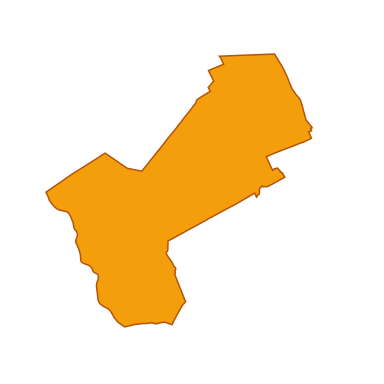 outline of Cheveresu Mare, Timis, Romania, rotated 248°
{"feature_id": "2599482B8335236163508", "entity_name": "Cheveresu Mare", "entity_type": "district", "adm_level": 2, "iso_a3": "ROU", "parent_name": "Romania", "parent_adm1": "Timis", "projection": "mercator", "projection_center": [21.46, 45.664], "detail": "fine", "context": "isolated", "style": "filled", "palette": "amber", "viewbox_px": 384, "rotation_deg": 248, "n_neighbors": 0, "source": "geoboundaries", "source_scale": "gbopen_adm2", "svg_char_len": 5744}
<svg xmlns="http://www.w3.org/2000/svg" viewBox="0 0 384 384"><g transform="rotate(248 192 192)"><path d="M289.0,320.2L304.5,277.1L307.6,268.2L305.7,268.8L302.9,269.0L300.1,269.1L298.6,269.2L298.5,254.6L298.5,252.8L288.5,253.5L286.8,253.7L283.9,248.3L282.9,246.2L278.5,246.6L278.2,244.9L277.0,237.6L276.6,235.1L276.1,232.8L275.3,230.5L275.1,230.3L273.0,228.7L271.3,225.4L271.0,225.2L268.4,220.8L265.4,215.4L262.1,209.6L261.8,209.5L261.4,208.7L259.0,204.2L258.6,203.4L258.4,203.4L258.1,203.1L257.9,202.7L255.7,198.8L254.2,196.0L250.6,189.3L246.4,182.3L241.1,172.7L235.0,162.0L231.2,155.2L230.1,153.3L235.2,145.5L237.8,141.5L238.4,140.8L239.6,139.8L240.1,139.5L240.9,139.1L260.6,126.0L259.2,118.6L256.1,102.1L254.1,90.7L253.6,88.0L252.2,81.5L250.3,73.5L248.4,64.7L246.5,56.5L242.9,56.8L241.5,56.8L239.4,56.7L238.0,56.6L237.3,56.7L233.0,57.8L232.4,58.0L228.4,59.6L226.7,60.7L225.6,61.6L224.8,62.5L224.1,63.5L223.3,64.7L221.6,67.2L221.0,67.9L220.1,68.8L219.6,69.2L217.9,69.8L216.0,70.1L214.0,70.3L212.7,70.3L211.2,70.2L210.5,70.2L209.9,70.2L209.4,70.2L208.7,70.3L208.0,70.3L206.9,70.0L205.0,69.5L203.6,69.3L202.5,69.2L201.9,69.2L201.1,69.3L199.9,69.7L198.4,70.2L197.8,70.3L196.9,70.2L195.5,69.8L194.3,69.2L193.0,68.2L191.9,67.2L191.2,66.6L190.1,65.7L189.4,65.5L188.5,65.3L188.2,65.3L187.6,65.6L187.1,65.6L185.7,65.6L184.2,65.6L182.3,65.7L180.7,65.5L177.9,65.3L175.2,64.9L174.6,64.7L174.0,64.5L170.1,63.2L169.1,63.2L168.7,63.2L167.5,63.8L166.8,64.4L166.0,65.2L165.3,65.9L164.6,66.7L163.2,68.3L162.9,68.6L162.1,69.3L161.1,69.9L160.0,70.3L158.9,70.5L157.5,70.6L155.4,70.6L154.7,70.8L154.2,71.1L153.4,71.7L152.1,72.9L151.6,73.4L151.1,73.6L150.4,73.8L149.9,73.8L149.2,73.7L147.9,73.2L146.5,72.4L146.0,72.0L145.1,71.3L143.7,69.9L142.1,68.9L141.1,68.4L140.2,68.0L139.5,67.9L137.7,67.4L129.6,65.2L127.6,64.6L126.3,64.4L124.7,64.5L122.3,65.1L119.3,66.9L114.8,70.8L113.1,71.5L110.4,72.1L108.6,72.4L106.3,72.6L105.2,72.6L101.0,73.9L99.1,74.6L94.4,77.5L92.1,79.1L92.0,80.0L91.6,82.4L91.4,83.7L91.0,86.2L90.9,86.9L90.9,87.5L90.8,88.3L90.6,89.1L89.9,91.7L89.1,94.4L88.9,95.3L88.7,96.5L88.4,97.4L88.0,98.1L87.9,98.3L86.5,102.7L86.4,103.3L86.2,104.0L86.1,104.7L86.0,105.3L85.7,105.8L85.5,106.2L85.2,106.6L84.6,107.2L84.1,108.0L83.5,109.0L83.4,109.2L83.1,109.7L83.0,109.9L82.9,110.3L82.8,111.2L82.8,112.1L82.8,112.7L82.7,113.3L82.7,113.6L82.5,114.2L82.3,115.1L82.1,115.8L81.9,116.5L81.8,117.1L81.6,117.6L81.2,118.3L80.7,119.0L80.4,119.4L79.8,120.0L79.2,120.8L78.5,121.4L76.9,123.2L76.4,123.8L77.1,124.6L77.4,124.8L77.5,124.8L81.2,129.1L82.6,130.7L83.1,131.3L85.7,134.6L87.3,136.6L88.4,138.0L89.8,139.8L90.4,140.6L91.1,141.5L91.2,141.8L91.4,142.4L92.7,145.0L93.5,145.0L94.3,144.9L95.0,144.9L96.7,144.9L102.2,145.0L104.4,145.0L107.8,145.0L109.6,145.0L111.7,145.0L114.3,145.0L116.6,145.1L120.9,145.2L122.4,145.3L122.6,145.7L122.8,145.8L123.1,146.0L123.5,146.3L124.3,146.5L124.4,146.4L124.5,146.4L125.1,146.6L125.4,146.8L125.9,147.3L126.2,147.7L126.5,148.0L127.0,148.2L127.6,148.2L128.0,148.2L128.4,148.1L129.1,147.8L129.5,147.7L129.9,147.4L130.1,147.3L130.5,147.2L130.9,147.2L131.4,147.3L131.8,147.3L132.4,147.3L132.7,147.3L134.7,147.1L134.8,146.9L136.2,146.7L138.2,146.3L139.9,145.9L140.5,145.7L141.8,145.4L144.7,145.1L145.1,145.1L145.3,145.3L145.5,145.5L145.7,145.8L146.1,146.6L146.3,147.0L146.6,147.2L146.8,147.5L147.7,148.1L148.6,148.4L149.3,148.7L150.4,149.2L151.6,149.8L154.7,151.0L155.5,151.4L155.8,154.0L156.0,155.9L156.3,158.3L156.7,161.6L157.1,164.9L157.3,166.7L157.6,169.0L158.0,172.2L158.6,177.4L159.2,183.4L159.6,186.3L159.9,188.9L160.1,190.4L160.3,192.3L160.6,195.1L160.7,195.5L160.9,196.0L161.1,197.9L161.2,198.6L161.4,201.1L161.8,204.3L163.3,217.6L164.3,228.1L166.4,242.2L167.5,249.7L163.0,249.9L163.0,250.1L163.7,250.6L163.8,250.8L164.0,251.0L164.3,251.2L164.3,251.3L164.4,251.5L164.5,251.7L164.5,252.1L164.5,252.3L164.6,252.5L164.6,252.8L164.7,253.1L164.9,253.4L165.1,253.6L165.4,253.9L165.7,254.1L166.2,254.3L166.8,254.5L167.7,255.0L168.3,255.2L168.9,255.5L169.5,255.8L169.9,256.0L170.2,256.2L170.3,256.4L170.3,256.7L170.4,256.9L170.4,257.3L170.6,257.7L170.7,258.0L170.9,258.3L171.1,258.6L171.3,258.8L171.4,259.0L171.5,259.2L171.5,259.3L171.3,259.5L171.1,259.5L170.9,259.5L170.6,259.5L170.3,259.9L170.0,260.3L169.9,260.6L169.8,260.8L169.8,261.1L169.7,261.4L169.7,261.6L169.4,262.4L169.2,262.8L168.7,263.9L169.0,267.1L169.3,270.2L170.0,276.2L170.2,277.4L170.5,279.4L170.7,281.8L170.9,283.6L171.4,283.5L172.9,283.3L173.8,283.2L174.9,283.1L175.2,283.1L175.6,283.0L175.8,282.9L176.1,282.8L176.5,282.6L176.8,282.4L176.9,282.1L177.0,281.8L177.4,281.6L177.6,281.5L177.7,281.4L177.8,281.4L178.1,281.5L178.3,281.5L178.8,281.5L179.0,281.5L179.4,281.4L179.6,281.1L179.8,281.0L180.0,280.9L181.0,280.7L181.3,280.6L181.5,280.5L181.7,280.3L182.0,280.1L182.3,279.9L182.5,279.7L182.5,279.4L182.4,279.1L182.3,278.8L182.2,278.6L182.2,278.4L182.2,278.2L182.3,278.0L182.4,277.8L182.5,277.7L182.6,277.4L182.7,277.2L182.6,276.9L182.5,276.5L182.3,275.9L182.3,275.6L182.2,275.4L181.8,275.0L182.3,274.8L182.7,274.7L184.3,274.7L188.3,274.5L192.8,274.3L196.9,274.1L196.9,276.0L196.9,277.1L197.1,277.1L197.0,278.9L197.1,284.1L197.0,291.2L197.0,292.6L196.9,296.8L196.8,301.1L196.7,305.5L196.7,309.0L196.7,309.8L196.5,314.5L197.0,322.1L197.1,322.9L204.1,322.8L204.0,325.8L206.6,325.8L206.6,326.4L206.6,326.9L206.5,327.4L206.9,327.5L208.6,327.1L211.4,326.1L213.4,325.6L215.7,324.8L216.5,324.8L217.7,324.9L220.0,325.2L221.5,325.3L229.9,326.4L232.0,326.7L232.8,326.6L236.6,327.0L237.5,326.9L238.7,326.5L240.1,326.1L241.2,325.7L244.0,324.8L247.5,324.1L248.9,323.6L251.4,323.4L256.7,323.4L258.7,323.3L260.4,323.4L262.0,323.4L265.9,323.2L266.7,323.1L269.5,323.1L271.1,323.0L272.0,322.8L273.5,322.8L274.0,322.7L289.0,320.2Z" fill="#f59e0b" stroke="#b45309" stroke-width="1.5"/></g></svg>